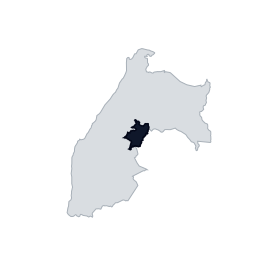 Coronel Portillo, Ucayali, Peru shown in context, rotated 62°
{"feature_id": "86281439B8316055413936", "entity_name": "Coronel Portillo", "entity_type": "district", "adm_level": 2, "iso_a3": "PER", "parent_name": "Peru", "parent_adm1": "Ucayali", "projection": "albers", "projection_center": [-74.152, -8.678], "detail": "fine", "context": "in_parent", "style": "filled", "palette": "ink", "viewbox_px": 256, "rotation_deg": 62, "n_neighbors": 0, "source": "geoboundaries", "source_scale": "gbopen_adm2", "svg_char_len": 8092}
<svg xmlns="http://www.w3.org/2000/svg" viewBox="0 0 256 256"><g transform="rotate(62 128 128)"><path d="M180.3,77.5L180.2,78.1L179.4,78.4L178.6,78.0L177.5,78.1L175.8,76.5L171.7,76.7L169.9,78.5L167.2,78.9L164.3,79.7L161.0,80.0L155.8,82.9L154.6,84.1L152.2,85.7L150.3,86.3L149.3,91.5L147.5,94.6L146.7,96.3L147.7,98.8L147.7,100.0L146.7,101.0L145.8,101.2L144.0,102.2L141.4,104.5L140.9,106.3L141.8,108.7L141.5,108.9L139.3,109.4L139.3,110.7L138.9,111.2L140.7,113.1L141.7,113.5L141.8,114.0L141.6,114.5L141.2,114.7L141.2,115.1L142.5,116.5L143.5,119.3L145.4,120.7L145.4,121.6L146.0,122.5L147.0,123.1L149.3,125.9L149.3,127.2L146.9,130.2L150.9,130.2L155.3,131.3L155.9,131.7L156.4,133.1L156.5,134.0L157.3,134.7L157.3,136.3L163.0,136.4L166.8,136.0L172.9,131.1L173.9,130.6L173.3,131.7L173.3,132.5L173.6,133.4L172.9,134.6L172.7,146.7L173.8,146.1L175.2,147.3L176.2,147.3L179.6,146.0L183.4,146.3L192.2,162.2L191.4,163.3L191.4,164.1L190.3,164.8L189.2,166.1L189.0,172.4L188.1,174.2L188.6,175.3L189.1,177.3L189.9,178.5L190.1,179.2L190.0,179.5L188.7,180.2L188.6,181.3L186.4,183.6L185.9,185.1L185.1,185.6L184.9,187.3L186.9,190.1L185.6,191.7L184.4,194.2L186.3,199.3L187.2,200.1L188.0,200.1L189.3,200.5L190.0,201.3L188.4,202.3L188.1,202.7L188.2,204.4L186.4,205.6L184.0,208.8L183.4,209.0L182.2,210.0L182.0,210.4L182.2,210.9L183.2,211.9L183.3,213.1L181.5,214.5L180.3,214.6L179.9,215.0L180.3,217.0L180.3,217.9L179.9,219.0L179.1,220.1L176.5,221.3L174.2,221.5L170.3,218.5L169.1,217.2L165.2,214.7L164.6,212.0L163.3,210.7L160.9,209.8L159.0,208.4L157.6,207.7L154.1,204.7L150.8,203.8L144.8,200.6L141.6,199.6L137.4,196.6L135.2,195.8L133.4,194.5L127.9,191.5L127.0,190.6L126.2,189.2L125.0,188.3L123.6,186.3L121.6,185.2L119.6,183.6L117.2,179.5L116.0,178.6L115.9,176.7L115.2,175.8L116.3,175.2L117.1,172.3L116.7,170.8L113.8,166.8L113.3,165.2L111.2,162.2L110.5,160.4L108.9,159.1L108.2,157.9L107.3,157.4L107.2,156.0L106.5,153.4L105.6,152.1L102.4,149.6L102.0,146.9L101.3,145.0L96.7,137.4L94.0,130.0L91.7,126.0L90.8,123.6L90.7,122.4L89.0,120.2L88.1,118.2L84.3,114.4L82.1,110.2L81.8,108.9L80.3,106.6L77.9,103.6L76.7,102.4L69.5,98.7L66.1,96.5L65.7,95.3L65.8,94.6L66.6,94.0L67.6,94.5L68.2,94.2L68.7,93.4L68.7,92.1L68.0,90.5L65.7,87.4L66.2,86.0L63.8,82.3L64.3,78.8L64.8,77.9L68.2,74.2L69.2,72.7L70.7,71.7L72.2,70.2L74.0,69.1L74.5,69.4L75.1,71.4L75.0,72.6L75.6,74.1L74.3,75.4L72.9,75.1L72.4,75.5L72.2,76.1L72.4,77.0L72.8,77.4L73.8,77.5L72.5,79.4L72.6,79.7L73.6,80.1L74.5,79.6L75.4,78.5L76.0,78.3L79.6,80.1L81.2,79.9L82.4,80.7L82.6,82.0L84.4,84.7L87.0,85.3L87.4,85.0L88.0,84.0L88.6,83.9L88.7,82.4L90.9,80.8L91.3,79.8L90.9,79.0L91.0,78.4L92.3,74.9L92.7,74.6L93.1,73.5L93.6,72.8L94.3,68.9L94.9,68.9L95.5,69.8L96.2,69.6L95.9,68.7L96.0,68.4L98.4,65.3L99.2,64.6L111.4,60.2L117.4,55.8L122.7,49.7L124.4,43.5L125.0,43.9L126.0,43.8L125.7,41.3L125.9,40.1L125.9,39.8L124.2,38.3L123.5,36.6L122.0,35.7L122.1,35.4L123.7,35.7L125.1,35.6L126.3,34.5L127.1,34.6L129.2,36.0L130.6,36.1L131.1,37.1L132.6,37.9L134.6,40.0L135.5,42.3L135.5,42.7L136.4,44.0L138.4,44.5L140.3,46.2L142.4,46.8L143.3,48.3L143.9,48.8L144.2,49.7L143.8,50.7L144.1,51.3L145.6,52.2L146.9,52.3L147.2,52.7L147.9,55.3L147.5,56.6L147.6,57.3L149.3,57.9L149.8,58.4L151.2,58.6L153.1,58.0L155.4,58.8L157.3,58.5L158.1,58.3L159.0,57.8L159.7,57.8L161.6,56.2L162.1,56.0L164.1,56.8L165.7,57.9L167.8,57.7L168.7,57.0L170.2,56.7L172.9,58.1L173.4,58.7L174.2,58.8L177.1,60.2L177.6,60.8L179.1,61.3L179.4,61.8L179.3,62.3L172.4,72.7L174.5,73.6L176.5,73.1L177.5,73.8L178.2,75.5L179.7,76.7L180.3,77.5Z" fill="#d9dde1" stroke="#a8b0b8" stroke-width="1"/><path d="M147.0,130.3L147.0,130.2L147.1,129.7L147.3,129.7L147.5,129.6L147.7,129.4L147.8,129.2L147.9,129.3L148.0,129.2L147.9,128.9L148.1,128.8L148.3,128.4L148.6,128.4L148.8,128.3L149.0,128.0L148.9,128.0L148.9,127.9L149.0,127.7L149.4,127.5L149.4,127.4L149.6,127.2L149.5,126.7L149.6,126.3L149.4,126.1L149.6,125.9L149.3,125.8L149.0,125.2L148.9,125.2L148.7,125.1L148.4,125.0L148.4,124.9L148.3,124.6L148.2,124.6L148.2,124.4L147.9,124.2L147.9,123.8L147.7,123.6L147.6,123.4L147.3,122.9L147.2,122.8L146.8,122.8L146.6,122.8L146.4,122.8L146.4,122.7L146.1,122.6L146.0,122.4L146.0,122.2L145.9,122.2L145.7,122.0L145.5,121.9L145.6,121.2L145.7,120.6L145.3,120.6L145.2,120.5L144.9,120.2L144.6,120.1L144.1,119.7L143.8,119.6L143.8,119.4L143.5,119.3L143.7,119.0L143.6,118.8L143.7,118.5L143.3,118.3L143.1,118.2L143.3,118.0L143.2,117.9L143.0,117.4L143.1,117.1L143.1,116.9L142.7,116.3L142.8,116.1L142.7,116.0L142.6,115.8L142.3,115.9L142.1,115.7L141.9,115.3L141.7,115.3L141.5,115.2L141.4,115.0L141.2,114.8L141.3,114.7L141.3,114.4L141.5,114.4L141.6,114.5L141.7,114.4L141.9,114.5L142.0,114.4L142.1,113.9L142.2,113.7L142.1,113.4L141.8,113.3L141.8,113.1L141.7,113.1L141.2,113.0L140.9,112.8L140.7,112.7L140.5,112.3L140.4,112.4L140.2,112.2L139.9,112.1L140.0,112.0L140.0,111.8L140.0,111.7L139.8,111.6L139.7,111.5L139.5,111.4L139.3,111.3L139.1,111.3L139.1,111.0L138.9,110.8L138.7,110.5L138.5,110.4L138.5,110.1L138.2,110.0L137.7,109.7L137.5,109.4L137.1,109.2L136.5,109.2L136.3,109.0L136.0,109.1L135.4,109.0L135.2,108.9L134.7,108.7L134.4,108.6L134.2,108.6L134.1,108.3L133.8,108.2L133.7,108.3L133.5,108.5L133.5,108.8L133.3,109.0L133.2,109.1L133.0,109.7L132.9,109.8L132.7,110.0L132.5,110.4L132.4,110.6L132.4,111.3L132.7,111.7L132.9,111.9L133.1,112.0L133.1,112.4L133.1,112.5L133.2,113.2L133.4,113.2L133.6,113.3L133.7,113.5L133.4,113.6L133.1,113.9L132.8,114.4L132.7,114.9L132.5,115.1L132.1,115.2L131.7,115.5L131.0,116.2L130.6,116.3L130.4,116.3L130.1,116.5L129.9,116.6L129.2,115.9L128.9,115.4L128.7,115.4L128.4,115.2L128.0,115.4L127.8,115.5L127.3,115.5L127.2,115.8L126.9,115.9L126.9,116.1L126.8,116.3L126.8,116.6L126.7,116.7L126.7,116.8L126.6,117.0L126.4,117.2L126.4,117.3L126.1,117.3L126.1,117.2L125.8,117.0L125.5,117.2L125.3,117.1L125.0,117.2L124.7,117.5L124.4,117.5L124.3,117.8L124.2,117.9L124.3,118.0L124.5,118.2L124.5,118.3L124.8,118.2L125.0,118.3L125.4,118.3L126.0,118.5L126.3,118.2L126.6,118.2L126.7,118.4L126.9,118.4L127.0,118.5L127.3,118.6L127.5,118.5L127.9,118.6L128.1,118.6L128.4,119.0L128.5,119.5L128.6,119.8L128.5,120.0L128.5,120.3L128.7,120.5L128.8,120.9L128.9,121.0L129.0,121.1L129.1,121.3L129.2,121.6L129.3,121.6L129.4,121.8L129.3,122.0L129.1,122.6L129.2,123.0L129.4,123.0L129.3,123.3L129.4,123.5L129.1,124.0L129.2,124.6L129.4,124.5L129.8,124.0L130.1,123.8L130.3,123.6L130.3,122.8L130.4,122.7L130.8,122.2L131.9,121.7L132.2,121.5L132.5,121.4L133.0,121.4L133.4,121.7L133.5,122.2L133.6,123.5L133.1,123.9L133.0,124.1L132.7,124.2L132.6,124.3L132.6,124.9L132.4,125.2L132.3,125.8L132.3,126.0L132.2,126.0L132.3,126.5L132.2,126.7L132.0,127.0L132.4,127.2L132.5,127.3L132.4,127.6L132.6,128.2L132.7,128.4L132.9,128.7L132.9,129.0L133.0,129.0L132.6,129.6L132.5,129.8L132.3,129.8L132.1,130.0L131.7,130.3L131.9,130.5L132.2,130.7L132.6,130.7L132.8,130.8L133.0,130.9L133.0,131.1L132.9,131.2L133.1,131.6L133.1,131.9L133.5,132.0L133.9,132.1L133.9,132.3L133.9,132.5L134.0,132.7L133.9,132.7L134.0,133.0L134.1,133.5L134.3,133.6L134.4,134.0L134.3,134.8L134.5,134.9L134.7,135.2L134.8,135.4L134.7,135.5L134.7,135.8L134.9,135.5L135.1,135.4L135.3,135.2L135.1,134.9L135.2,134.7L135.5,134.9L135.5,134.6L135.7,134.2L135.9,134.3L136.0,134.1L136.3,133.9L136.7,133.9L137.0,133.8L137.2,133.5L137.4,133.2L137.6,133.2L137.9,133.3L138.2,133.2L138.4,132.7L139.0,132.5L139.3,132.3L139.9,132.2L140.2,132.1L140.7,131.4L141.3,131.4L141.5,131.5L142.0,131.4L142.3,131.6L142.3,131.9L142.5,132.1L142.8,132.6L143.3,132.7L143.6,133.3L143.8,133.3L144.3,133.7L144.4,134.1L145.0,134.4L145.2,134.5L145.3,134.8L145.9,135.2L146.1,135.6L146.3,135.8L146.8,136.0L146.8,136.3L147.0,136.4L147.0,136.7L147.0,137.1L147.4,136.8L147.5,136.6L148.0,136.4L148.0,136.1L148.3,136.0L148.3,135.9L148.0,135.7L147.9,135.4L148.0,135.1L147.3,134.9L147.0,134.9L146.9,134.7L146.7,134.7L146.8,134.5L146.7,134.3L146.7,134.1L146.6,133.7L146.4,133.3L146.3,133.2L146.2,133.0L146.3,133.0L146.2,132.8L146.5,132.8L146.6,132.7L146.8,132.8L146.8,132.7L146.7,132.5L146.8,132.3L146.8,131.9L147.0,131.8L146.9,131.7L147.0,131.6L147.1,131.4L147.0,131.2L146.9,130.9L147.1,130.7L146.9,130.6L147.1,130.4L147.0,130.3Z" fill="#0f172a" stroke="#020617" stroke-width="1.5"/></g></svg>